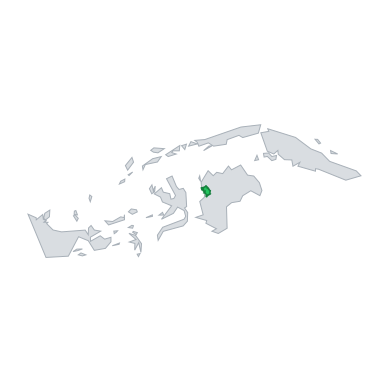 Paser, Kalimantan Timur, Indonesia (highlighted), rotated 155°
{"feature_id": "22746128B17746000623405", "entity_name": "Paser", "entity_type": "district", "adm_level": 2, "iso_a3": "IDN", "parent_name": "Indonesia", "parent_adm1": "Kalimantan Timur", "projection": "orthographic", "projection_center": [116.052, -1.688], "detail": "fine", "context": "in_parent", "style": "filled", "palette": "green", "viewbox_px": 384, "rotation_deg": 155, "n_neighbors": 0, "source": "geoboundaries", "source_scale": "gbopen_adm2", "svg_char_len": 6229}
<svg xmlns="http://www.w3.org/2000/svg" viewBox="0 0 384 384"><g transform="rotate(155 192 192)"><path d="M132.0,160.0L138.2,168.3L147.6,167.2L152.4,163.3L160.6,165.6L167.0,164.0L175.5,144.3L185.7,143.3L190.5,148.0L185.4,148.4L192.6,157.8L190.7,159.9L199.3,167.4L191.5,166.6L189.0,180.1L183.1,182.0L179.8,187.4L181.8,191.1L179.6,197.0L168.4,204.5L165.9,197.8L161.3,199.4L156.4,195.7L148.0,200.1L146.8,195.4L136.5,195.9L134.5,183.8L129.3,180.4L127.0,172.0L128.0,163.8L132.0,160.0ZM32.0,135.3L47.6,137.7L67.7,159.2L70.2,160.9L71.3,158.7L85.1,170.6L81.7,173.3L89.6,172.7L88.0,178.9L94.5,182.2L97.9,189.8L96.6,193.4L101.8,191.9L106.5,197.1L104.6,216.6L96.8,214.5L96.6,217.3L75.1,197.7L66.1,180.9L58.1,172.5L54.3,161.6L34.2,141.7L32.0,135.3ZM352.0,194.4L350.0,241.2L344.1,234.5L344.9,232.6L336.8,234.7L338.3,230.1L336.2,227.6L337.0,227.3L338.3,227.5L339.1,227.2L335.4,225.4L337.1,224.8L334.0,216.3L327.1,211.0L304.9,202.6L304.1,197.1L301.0,203.1L297.6,204.3L296.6,198.8L291.3,195.1L303.2,194.0L304.8,190.2L293.7,191.1L291.1,186.2L284.6,185.2L286.5,181.1L294.3,177.5L305.2,180.4L306.6,191.7L313.7,199.4L331.2,186.1L352.0,194.4ZM241.6,167.5L233.5,172.4L210.7,170.7L208.0,172.6L207.0,178.5L211.4,184.4L217.9,180.5L231.2,180.2L216.3,188.1L223.0,195.5L222.7,200.7L227.0,206.2L217.9,208.8L218.1,204.0L212.9,199.9L214.1,194.4L211.2,193.8L208.4,195.8L209.5,214.8L203.3,214.9L203.8,203.6L202.7,199.8L198.4,199.0L197.8,194.1L203.0,181.1L205.5,180.7L204.6,175.2L208.5,167.5L214.3,165.0L234.7,168.5L243.1,162.5L241.6,167.5ZM107.0,217.3L123.0,219.9L125.5,223.5L138.0,224.6L140.8,220.8L153.0,224.4L156.4,229.6L166.4,230.6L166.3,235.0L167.7,237.6L158.2,234.1L120.2,230.2L101.3,223.9L107.0,217.3ZM261.7,168.6L268.5,163.5L265.5,169.5L270.0,173.2L262.8,172.6L266.6,181.2L261.5,176.5L259.6,166.5L263.8,158.9L261.7,168.6ZM264.9,195.4L281.5,197.4L283.1,202.7L276.4,198.8L267.1,199.6L264.4,197.5L262.8,200.0L264.9,195.4ZM226.0,236.5L213.6,238.8L204.9,237.1L210.6,233.8L222.7,236.6L227.0,232.9L226.0,236.5ZM190.3,233.1L198.6,234.2L200.1,236.9L183.4,239.3L186.1,234.7L191.8,237.3L193.7,236.3L190.3,233.1ZM241.1,239.0L241.2,244.1L231.8,248.7L232.4,243.7L241.1,239.0ZM106.4,186.7L108.7,192.4L111.9,193.2L110.9,196.8L106.1,195.0L104.6,190.4L100.0,189.4L102.2,186.1L106.4,186.7ZM334.4,234.9L328.5,235.7L331.7,229.8L336.3,228.6L337.6,230.8L334.4,234.9ZM206.3,241.9L210.1,244.4L211.8,247.2L207.9,248.1L198.8,243.0L206.3,241.9ZM255.5,197.0L258.0,200.9L254.2,202.3L249.8,199.3L250.0,197.1L255.5,197.0ZM166.8,233.3L175.7,235.0L171.7,238.1L166.8,233.3ZM180.6,233.5L181.9,238.4L176.8,237.7L180.6,233.5ZM121.9,194.0L117.6,197.8L118.0,193.1L121.9,194.0ZM308.7,214.2L309.5,220.5L307.6,220.7L306.2,216.2L308.7,214.2ZM164.0,224.6L157.2,226.5L154.4,225.4L164.0,224.6ZM229.2,207.4L229.2,213.0L225.3,215.4L226.9,207.9L229.2,207.4ZM43.9,164.9L49.7,168.1L48.9,171.0L43.9,164.9ZM58.2,187.8L55.9,186.6L54.8,182.0L56.6,181.9L58.2,187.8ZM285.9,232.5L284.7,230.2L288.3,226.2L288.0,229.8L285.9,232.5ZM280.2,175.4L287.0,177.0L279.3,176.4L280.2,175.4ZM238.2,186.6L244.6,188.2L237.6,188.0L238.2,186.6ZM226.2,210.1L222.8,212.9L225.8,207.9L226.2,210.1ZM314.8,179.9L318.3,180.4L321.6,183.1L318.4,183.7L314.8,179.9ZM254.5,229.9L252.1,231.9L247.4,232.1L248.7,229.8L254.5,229.9ZM308.3,221.5L306.7,224.4L305.1,224.3L305.5,219.7L308.3,221.5ZM264.7,186.7L260.5,187.2L259.3,186.2L261.1,184.3L264.7,186.7ZM315.4,186.7L320.4,187.2L325.0,188.3L320.5,188.9L315.4,186.7ZM227.4,183.1L231.7,185.0L227.3,186.0L227.4,183.1ZM268.0,158.8L265.1,158.2L267.8,156.1L268.0,158.8ZM237.3,235.2L242.1,233.5L242.6,234.6L237.3,235.2ZM280.1,187.1L279.4,189.6L275.8,188.3L277.6,187.5L280.1,187.1ZM180.1,201.6L178.2,203.4L179.7,197.9L180.1,201.6ZM260.6,177.0L262.8,180.6L261.9,181.1L258.7,178.3L260.6,177.0Z" fill="#d9dde1" stroke="#a8b0b8" stroke-width="1"/><path d="M176.7,191.7L176.8,191.7L177.0,191.6L177.0,191.4L177.3,191.3L177.5,191.3L177.5,191.2L177.8,191.2L178.0,191.3L178.4,191.2L178.8,191.2L179.0,191.1L179.4,191.1L179.5,191.2L179.5,191.3L180.0,191.4L180.5,191.5L181.0,191.6L181.3,191.7L181.7,191.8L181.8,191.8L181.9,191.3L181.9,191.1L182.0,190.8L182.0,190.4L182.0,190.1L181.9,190.1L182.0,190.1L181.9,190.3L181.7,190.4L181.5,190.5L181.4,190.6L181.6,190.4L181.7,190.2L181.4,190.1L181.2,190.2L181.0,190.4L180.9,190.4L180.7,190.4L181.0,190.3L181.2,190.2L181.3,190.1L181.5,190.0L181.5,189.8L181.4,189.8L181.4,189.7L181.3,189.8L181.1,189.8L180.9,189.9L180.7,189.9L180.6,189.7L180.4,189.8L180.4,189.7L180.6,189.5L180.8,189.5L181.0,189.4L181.1,189.2L181.1,188.9L181.0,188.7L181.1,188.3L181.0,188.2L180.9,188.0L180.8,187.9L181.0,187.7L181.0,187.3L181.0,187.2L180.9,187.3L180.7,187.2L180.7,187.3L180.6,187.2L180.4,187.2L180.4,187.3L180.2,187.3L179.9,187.4L179.9,187.5L179.7,187.5L179.6,187.4L179.7,187.2L179.8,187.1L180.0,186.9L180.1,186.7L180.1,186.8L180.2,186.7L180.3,186.7L180.5,186.6L180.9,186.4L181.0,186.4L181.3,186.3L181.5,186.2L181.0,185.8L180.8,185.7L180.6,185.7L180.5,185.3L180.4,185.1L180.3,184.7L180.3,184.4L180.2,184.1L180.2,183.8L180.2,183.5L180.4,183.3L180.5,183.1L180.4,182.7L180.5,182.7L180.8,182.4L180.8,182.2L181.0,182.1L181.0,181.9L180.9,181.6L180.7,181.5L180.4,181.7L180.2,181.9L180.1,182.0L179.9,182.0L179.7,182.0L179.5,182.4L179.3,182.6L179.1,182.6L178.9,182.7L178.8,182.8L178.6,182.8L178.6,182.7L178.5,182.3L178.4,182.3L178.2,182.5L177.9,182.5L177.7,182.5L177.6,182.4L177.4,182.4L177.3,182.5L177.1,182.5L176.8,182.4L176.7,182.4L176.4,182.5L176.5,182.6L176.6,182.8L176.5,183.0L176.3,183.1L176.2,183.2L176.1,183.4L176.0,183.6L176.0,183.8L175.9,184.1L175.9,184.3L175.7,184.6L175.6,184.8L175.5,185.0L175.4,185.0L175.2,185.0L175.0,185.3L175.3,185.4L175.2,185.4L175.1,185.5L175.2,185.8L175.2,186.0L175.3,186.1L175.4,186.3L175.4,186.5L175.4,186.8L175.5,186.8L175.7,187.0L175.5,187.3L175.5,187.5L175.6,187.4L175.8,187.5L175.8,187.8L175.8,188.0L175.7,188.3L175.8,188.4L175.7,188.4L175.7,188.5L175.6,188.8L175.6,188.7L175.7,188.8L175.8,188.8L176.0,188.9L175.9,189.0L176.0,189.2L176.0,189.3L176.2,189.2L176.3,189.2L176.5,189.3L176.5,189.5L176.4,189.6L176.4,189.8L176.4,190.0L176.3,190.3L176.4,190.5L176.5,190.5L176.4,190.5L176.5,190.7L176.5,190.8L176.6,191.0L176.6,191.3L176.6,191.5L176.7,191.7ZM181.1,190.3L181.4,190.1L180.9,190.4L181.1,190.3Z" fill="#22c55e" stroke="#15803d" stroke-width="1.5"/></g></svg>